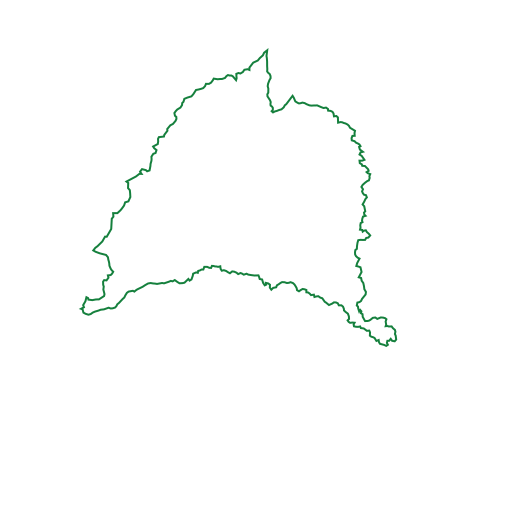 Aral Moreira, Mato Grosso do Sul, Brazil (orthographic projection), rotated 43°
{"feature_id": "56859067B29301186174835", "entity_name": "Aral Moreira", "entity_type": "district", "adm_level": 2, "iso_a3": "BRA", "parent_name": "Brazil", "parent_adm1": "Mato Grosso do Sul", "projection": "orthographic", "projection_center": [-55.401, -22.967], "detail": "fine", "context": "isolated", "style": "outline", "palette": "green", "viewbox_px": 512, "rotation_deg": 43, "n_neighbors": 0, "source": "geoboundaries", "source_scale": "gbopen_adm2", "svg_char_len": 6137}
<svg xmlns="http://www.w3.org/2000/svg" viewBox="0 0 512 512"><g transform="rotate(43 256 256)"><path d="M411.2,227.2L411.0,224.7L413.4,225.2L415.6,223.8L415.5,221.5L412.5,219.0L410.8,218.3L409.6,216.3L408.0,215.3L405.3,215.4L403.2,215.0L401.3,216.9L399.7,217.7L398.7,218.9L398.0,217.4L395.5,215.5L394.5,213.3L392.9,213.4L391.1,214.3L389.2,215.8L387.6,219.3L385.2,219.6L383.6,221.6L383.2,224.7L382.7,226.3L381.7,227.7L380.1,229.2L375.5,227.7L373.6,225.9L371.7,226.3L370.8,224.6L369.0,224.4L369.3,226.2L366.6,224.7L365.0,223.4L363.5,223.5L361.9,220.9L363.1,219.2L363.5,217.2L362.8,215.1L362.4,209.4L360.9,207.3L357.9,206.4L355.5,204.4L352.9,202.6L350.1,202.0L347.9,200.4L345.7,201.5L344.1,195.7L340.1,193.0L338.0,193.9L336.2,194.9L334.8,192.1L333.5,187.3L331.5,187.9L329.2,187.9L327.5,187.3L325.9,185.8L324.6,183.9L324.9,182.0L323.2,180.0L321.2,177.1L320.0,174.7L321.4,172.9L323.1,171.5L324.8,169.8L324.3,167.6L325.6,165.9L325.5,163.1L323.3,162.8L320.8,162.9L318.8,162.3L317.7,163.8L317.4,165.4L315.9,164.5L314.1,165.8L313.1,164.0L311.3,162.4L310.1,160.5L310.8,158.6L309.4,157.8L308.3,156.2L307.4,154.2L308.7,151.9L306.9,151.8L305.4,150.6L305.4,148.8L301.2,145.8L298.8,145.6L298.1,142.5L297.2,139.8L297.1,137.5L294.9,136.5L293.3,137.5L291.3,137.2L289.5,136.4L288.7,134.2L286.0,133.6L285.5,131.2L285.8,127.9L286.3,125.2L287.0,123.7L285.9,121.4L284.5,120.3L283.7,118.2L281.3,119.2L279.7,119.2L280.3,116.9L278.9,116.1L274.3,115.9L272.2,117.6L270.9,116.8L268.6,117.3L266.7,115.7L268.7,113.8L269.7,111.7L265.0,110.7L262.5,111.2L261.8,109.0L263.1,106.9L259.4,107.3L257.0,105.9L257.5,104.4L255.6,103.9L253.9,104.2L251.9,104.9L249.8,104.8L247.2,106.1L245.5,104.6L244.6,102.4L246.2,100.8L244.2,98.9L243.0,96.9L237.3,98.1L235.2,97.4L233.3,97.4L231.1,98.0L229.4,98.9L227.9,99.4L226.5,100.4L225.1,102.5L221.4,98.8L219.3,98.8L217.8,100.7L215.5,98.9L213.6,98.4L211.6,99.0L209.6,100.5L208.4,99.4L206.0,99.7L204.5,101.7L202.3,102.6L198.1,104.1L195.7,106.4L194.0,108.2L192.3,109.4L189.4,110.5L187.3,111.0L185.3,112.2L184.5,113.7L183.4,115.1L181.9,115.6L179.3,116.1L175.7,114.5L173.5,113.9L174.6,124.4L174.3,126.1L174.9,128.4L174.6,131.4L173.3,133.5L172.3,135.7L171.2,137.4L170.5,139.4L168.7,139.4L168.7,137.7L167.3,136.2L165.8,135.8L164.1,136.0L162.9,135.0L161.8,133.4L160.0,132.5L155.5,131.4L154.0,130.0L153.6,128.2L150.9,125.2L148.7,123.8L147.3,121.7L145.9,118.2L145.4,116.0L143.9,114.5L142.0,113.6L139.8,113.7L138.3,113.4L136.7,111.5L134.7,109.6L131.5,106.2L128.9,103.8L127.3,102.6L123.9,97.9L123.3,101.8L124.2,104.6L123.8,108.6L124.0,111.8L122.1,116.5L122.7,122.7L124.3,124.4L122.5,125.1L120.5,127.7L120.9,130.5L120.1,133.2L118.4,134.1L117.4,136.2L119.0,137.8L120.6,139.2L121.5,141.0L116.5,140.4L114.9,140.8L113.6,142.0L112.1,142.8L111.7,144.6L111.9,146.9L110.5,149.6L108.8,151.3L107.4,152.9L104.1,155.1L104.6,157.0L104.9,159.9L104.2,162.2L102.0,164.2L102.9,166.5L102.9,169.2L101.9,171.1L100.3,173.6L98.9,175.5L99.8,180.4L99.9,183.3L97.8,186.9L96.4,189.9L97.8,192.7L97.7,194.4L99.0,196.1L99.5,199.0L98.5,202.6L98.5,204.7L98.8,207.1L101.1,208.7L102.8,208.6L104.3,210.0L105.0,212.1L105.2,216.1L104.2,218.8L104.5,223.7L105.8,224.8L106.3,229.9L107.2,231.4L103.9,235.3L104.5,237.2L106.3,238.9L107.8,241.1L106.1,246.1L108.0,246.6L111.0,246.4L112.3,249.2L111.2,251.3L111.8,254.7L113.5,256.3L114.6,257.7L116.1,260.6L117.4,262.2L119.8,266.0L118.6,268.3L116.9,268.3L113.4,270.2L113.7,273.4L116.3,274.0L114.7,275.4L114.0,279.7L110.5,289.9L112.7,289.7L116.1,293.6L118.8,293.9L121.1,295.9L123.9,298.6L125.4,303.1L123.7,306.0L125.1,309.1L125.6,313.2L125.7,315.1L125.4,319.2L122.3,322.1L124.9,324.5L125.1,327.1L131.7,335.0L133.7,343.7L132.4,344.8L133.7,350.2L133.4,357.0L132.9,359.6L133.2,362.9L135.8,362.3L139.9,360.6L145.6,357.5L148.6,357.9L150.5,359.4L152.2,360.4L153.6,361.4L155.5,363.1L158.4,364.4L160.1,364.8L162.3,364.9L162.8,367.1L162.7,369.1L160.9,371.2L162.9,372.5L163.3,375.8L161.4,377.2L161.7,379.1L163.9,381.3L165.5,382.2L167.2,384.6L171.2,387.2L172.2,388.9L170.7,394.9L168.6,396.9L166.4,399.9L163.2,402.2L161.9,401.3L160.1,401.8L162.1,405.4L163.1,409.8L165.1,410.8L164.1,413.9L165.6,413.3L168.4,415.1L170.8,414.5L173.5,413.2L174.7,411.2L175.2,408.7L176.2,406.4L178.0,403.4L179.0,401.3L181.2,398.7L183.5,394.3L185.5,393.5L186.8,392.1L188.1,389.8L188.1,387.9L187.5,385.9L187.8,383.7L187.8,378.2L188.0,376.2L187.3,374.0L186.7,371.0L187.1,368.9L189.7,365.4L191.3,365.0L191.5,363.3L191.9,361.5L194.1,355.8L194.8,352.9L195.8,349.7L197.4,347.6L199.4,346.3L200.9,345.1L202.7,343.9L205.7,339.8L207.4,338.7L209.8,334.3L210.7,332.3L212.3,331.4L213.0,329.0L216.3,328.6L218.7,328.1L220.8,325.9L221.9,324.3L222.2,318.9L224.2,319.3L224.8,317.2L223.3,313.7L222.1,311.8L223.4,308.8L224.9,308.0L223.9,306.3L224.8,304.9L225.4,303.0L226.7,301.8L225.6,299.2L227.8,297.2L229.9,296.5L231.3,295.3L230.5,293.3L231.7,292.3L233.1,291.6L234.3,290.6L235.7,289.8L236.9,287.9L238.8,289.5L241.0,290.1L242.2,288.3L244.4,287.3L246.5,287.0L248.7,286.4L249.1,283.5L250.8,282.3L253.1,281.5L255.3,281.4L256.3,279.0L257.8,278.4L259.8,278.0L261.2,275.4L263.0,274.9L265.7,273.1L268.2,271.3L271.0,268.5L272.7,269.3L274.4,270.3L276.5,269.0L279.5,270.8L282.4,271.5L283.0,270.0L281.6,268.9L283.7,267.7L285.8,267.5L287.7,269.7L290.2,270.2L290.3,267.6L292.1,265.1L291.3,263.2L291.9,261.1L292.3,259.0L292.9,257.3L294.8,255.7L297.0,254.7L298.3,253.2L299.1,251.6L301.5,250.6L303.6,250.6L305.9,251.2L307.7,251.8L309.3,253.0L311.5,252.5L311.9,250.5L312.6,248.3L314.3,247.2L316.0,246.5L317.6,248.2L319.1,247.1L321.0,246.9L322.9,247.1L324.7,244.8L326.7,246.1L327.5,244.7L329.0,242.9L331.4,242.6L333.3,241.7L337.5,242.6L339.1,242.3L342.8,242.1L344.2,238.8L344.6,236.8L346.2,235.4L348.1,234.8L350.2,235.6L352.1,233.8L354.2,233.7L356.3,234.7L357.5,235.8L359.9,235.8L362.5,235.5L365.1,236.8L367.0,238.6L366.9,240.6L368.7,241.0L370.4,240.7L371.9,238.9L373.6,237.6L374.1,239.5L375.6,240.6L377.2,239.7L379.0,238.2L380.2,236.5L381.8,237.2L384.2,235.5L388.1,235.1L389.7,233.3L391.5,234.1L393.6,236.6L395.3,236.4L397.1,235.5L398.6,235.1L402.0,236.0L403.0,233.8L404.6,235.1L406.5,235.7L410.4,233.6L412.5,233.0L413.0,231.0L411.0,230.3L409.9,228.4L411.2,227.2Z" fill="none" stroke="#15803d" stroke-width="2"/></g></svg>